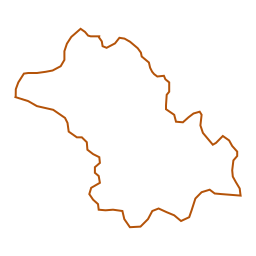 the district of Gumi-si, North Gyeongsang, South Korea
{"feature_id": "91817680B86853073591153", "entity_name": "Gumi-si", "entity_type": "district", "adm_level": 2, "iso_a3": "KOR", "parent_name": "South Korea", "parent_adm1": "North Gyeongsang", "projection": "natural_earth1", "projection_center": [128.363, 36.205], "detail": "fine", "context": "isolated", "style": "outline", "palette": "amber", "viewbox_px": 256, "rotation_deg": 0, "n_neighbors": 0, "source": "geoboundaries", "source_scale": "gbopen_adm2", "svg_char_len": 1362}
<svg xmlns="http://www.w3.org/2000/svg" viewBox="0 0 256 256"><path d="M163.9,75.8L157.3,76.5L154.1,74.1L152.1,71.7L150.1,67.7L148.9,62.5L146.5,60.5L141.7,56.5L140.9,52.6L137.7,48.2L130.1,41.8L124.5,38.6L119.4,37.8L115.0,43.4L106.6,47.8L102.6,46.2L101.8,41.4L99.0,37.4L99.2,36.3L90.6,36.3L88.1,35.6L85.0,31.9L80.6,28.8L71.3,36.9L66.9,43.7L64.4,51.2L64.4,59.9L60.7,66.2L52.6,70.5L45.7,71.8L37.0,73.0L28.2,73.0L23.9,73.6L18.3,82.4L15.8,89.2L15.7,96.1L15.4,97.1L28.2,101.1L36.9,106.1L53.2,109.8L65.0,117.9L67.5,122.9L68.7,131.6L76.8,137.3L81.8,137.3L86.8,142.2L87.4,149.7L93.1,154.1L99.3,157.2L99.9,162.9L94.9,167.2L94.9,172.8L98.7,176.0L99.9,182.8L91.2,187.8L89.3,194.1L93.1,199.7L98.0,204.1L98.7,209.7L105.5,210.3L113.0,209.7L122.4,211.0L124.3,219.1L129.9,227.2L140.5,226.6L148.0,219.1L152.3,211.0L158.6,208.5L166.7,212.2L174.2,215.3L181.0,221.0L189.2,217.2L191.6,210.3L195.4,198.5L201.6,192.2L209.7,189.7L214.7,193.5L221.6,194.1L240.6,195.6L240.3,193.5L239.7,188.5L235.9,182.2L232.8,176.6L232.2,170.3L233.4,160.4L237.2,156.0L237.2,151.6L232.2,146.0L229.1,140.4L222.8,136.0L216.0,142.9L212.8,144.7L209.7,141.0L202.9,132.9L200.4,125.4L201.6,114.8L199.7,111.7L193.5,113.5L188.5,117.3L182.9,122.3L176.0,121.7L174.2,114.8L166.0,109.2L166.0,105.4L166.7,94.8L169.2,91.7L169.2,86.1L169.2,82.4L165.4,79.3L163.9,75.8Z" fill="none" stroke="#b45309" stroke-width="2"/></svg>